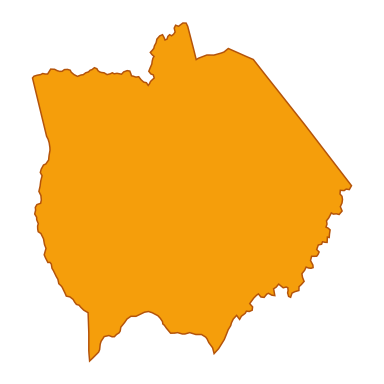 Cabrobó, Pernambuco, Brazil (Equal Earth projection)
{"feature_id": "56859067B41088445871412", "entity_name": "Cabrobó", "entity_type": "district", "adm_level": 2, "iso_a3": "BRA", "parent_name": "Brazil", "parent_adm1": "Pernambuco", "projection": "equal_earth", "projection_center": [-39.345, -8.388], "detail": "fine", "context": "isolated", "style": "filled", "palette": "amber", "viewbox_px": 384, "rotation_deg": 0, "n_neighbors": 0, "source": "geoboundaries", "source_scale": "gbopen_adm2", "svg_char_len": 3394}
<svg xmlns="http://www.w3.org/2000/svg" viewBox="0 0 384 384"><path d="M351.5,185.7L305.1,125.2L271.7,82.9L266.4,76.2L253.3,59.5L245.4,56.1L238.7,53.1L228.3,48.5L224.0,52.0L221.4,53.0L213.9,55.1L206.9,55.0L198.5,58.2L196.2,59.6L194.7,53.5L193.8,49.9L187.7,26.3L186.1,23.1L182.9,23.0L180.5,24.8L178.5,26.3L175.6,25.2L174.2,28.1L175.1,32.0L173.6,34.2L171.6,35.8L169.6,34.7L167.9,36.4L167.0,39.1L165.0,40.0L164.0,37.4L162.5,34.7L159.7,35.9L156.9,39.1L156.1,42.7L154.4,45.9L153.8,48.4L152.2,50.4L150.3,52.4L152.0,54.6L154.0,56.4L152.9,58.3L152.2,61.1L151.8,64.1L150.2,67.8L148.8,71.3L150.8,73.9L153.3,74.9L154.2,78.0L152.1,79.9L150.5,81.5L149.5,83.7L148.2,85.4L146.4,82.7L143.7,82.1L141.1,79.8L138.7,76.7L135.9,77.1L133.6,76.3L131.5,75.8L130.7,73.4L129.8,71.1L127.2,70.6L123.7,71.9L121.5,74.2L119.1,73.7L117.0,73.3L114.2,73.8L112.3,72.8L110.3,73.8L107.1,74.6L104.1,72.8L101.5,72.5L99.6,71.9L97.9,70.6L96.9,68.7L94.4,67.7L92.0,69.6L90.2,70.2L88.5,71.9L85.7,72.8L83.2,74.7L81.0,75.0L79.2,75.7L77.5,76.4L74.0,74.6L71.2,72.2L70.2,70.2L67.5,69.4L64.4,69.6L62.1,71.3L59.6,71.4L57.1,70.6L54.6,69.3L50.7,69.1L49.2,71.5L47.6,74.0L45.1,74.0L42.7,73.5L40.6,74.6L37.2,75.2L34.0,76.2L32.5,78.0L46.6,136.3L48.1,139.2L49.2,142.8L49.9,147.6L50.0,150.2L49.1,155.3L48.6,160.0L45.8,164.0L43.5,165.0L41.2,169.2L40.3,172.5L42.1,175.7L40.7,181.2L40.1,186.1L38.9,191.4L40.9,195.5L41.3,200.1L40.6,203.3L36.9,204.6L35.3,207.4L35.6,210.1L34.7,214.0L36.6,217.2L36.7,219.7L38.3,223.7L37.6,226.0L37.7,229.1L38.2,231.7L40.9,233.5L43.5,238.8L44.5,244.5L46.0,248.4L44.9,252.3L44.2,254.8L45.5,257.9L47.9,262.5L50.0,262.4L51.3,264.1L52.0,268.3L53.5,270.8L56.2,276.4L57.9,279.3L58.8,283.7L60.8,285.5L62.1,287.1L65.1,293.3L66.3,296.1L69.9,296.9L73.1,299.4L74.6,302.0L76.4,304.4L79.1,305.2L80.9,307.4L83.8,310.2L88.1,312.7L88.8,333.0L88.8,345.1L88.8,350.5L89.0,353.7L89.6,361.0L92.8,358.0L98.6,352.1L99.6,349.7L100.2,344.2L101.1,341.3L104.2,336.6L108.9,335.5L112.1,336.8L114.4,336.7L116.5,334.5L119.1,332.8L120.2,331.0L120.8,327.2L124.6,322.5L127.0,319.0L130.9,316.3L136.0,316.3L144.5,312.2L148.5,311.5L152.2,312.7L157.9,315.7L160.3,318.3L162.5,321.6L162.8,323.9L164.4,325.3L166.5,328.3L170.6,333.2L174.6,333.1L177.6,332.6L182.4,334.0L184.9,334.0L189.7,332.6L195.8,334.5L201.5,334.5L205.7,337.1L207.0,338.8L208.8,342.6L212.6,347.8L214.1,353.6L218.6,348.7L224.3,339.5L226.7,333.6L228.2,329.7L230.7,325.6L231.5,322.7L233.3,319.0L236.6,315.4L239.6,319.4L241.4,316.2L243.7,314.5L245.3,313.2L246.4,311.2L249.3,311.5L252.2,310.2L252.6,306.9L249.7,303.6L253.8,298.0L256.5,295.3L258.4,293.9L260.9,297.0L264.1,297.4L266.8,294.1L268.5,293.3L271.9,295.2L274.8,295.6L273.6,288.8L276.1,287.2L278.7,284.1L283.2,287.8L286.2,287.0L287.8,287.7L288.1,290.4L287.6,292.9L288.6,296.4L290.6,297.3L292.0,293.1L294.8,291.7L298.9,290.5L299.0,286.7L301.3,284.6L304.1,281.4L302.5,277.3L301.9,273.7L304.6,270.3L306.1,267.1L308.5,268.0L311.0,268.3L313.1,267.6L312.9,265.1L310.5,260.5L311.6,256.3L314.7,256.3L316.7,256.2L318.1,254.3L319.1,252.0L316.7,249.5L318.3,245.0L321.6,244.2L322.5,241.8L325.1,242.3L327.1,242.4L327.4,237.1L329.2,237.5L329.5,233.9L330.1,229.9L328.1,228.1L326.0,227.1L327.0,224.1L326.5,220.8L328.7,218.0L331.3,213.0L333.3,214.1L336.4,213.8L339.1,214.5L342.1,211.0L340.3,206.7L342.0,203.0L342.5,199.5L342.0,196.3L340.0,194.0L340.3,190.3L344.1,190.6L346.2,189.1L349.3,189.6L351.5,185.7Z" fill="#f59e0b" stroke="#b45309" stroke-width="1.5"/></svg>